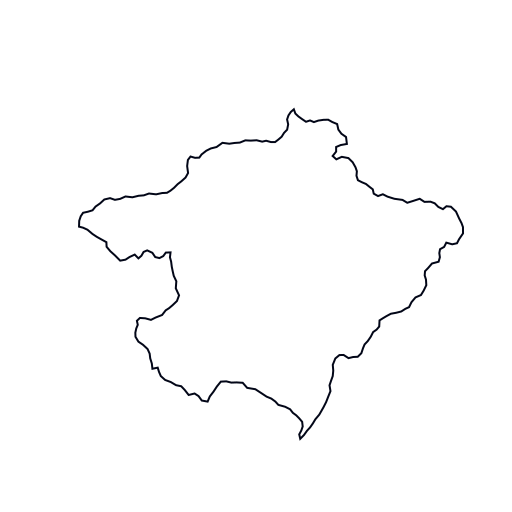 Barra Longa, Minas Gerais, Brazil, rotated 117°
{"feature_id": "56859067B7967554775924", "entity_name": "Barra Longa", "entity_type": "district", "adm_level": 2, "iso_a3": "BRA", "parent_name": "Brazil", "parent_adm1": "Minas Gerais", "projection": "albers", "projection_center": [-43.064, -20.29], "detail": "fine", "context": "isolated", "style": "outline", "palette": "ink", "viewbox_px": 512, "rotation_deg": 117, "n_neighbors": 0, "source": "geoboundaries", "source_scale": "gbopen_adm2", "svg_char_len": 3188}
<svg xmlns="http://www.w3.org/2000/svg" viewBox="0 0 512 512"><g transform="rotate(117 256 256)"><path d="M310.2,427.0L309.3,423.0L309.1,418.1L310.6,411.7L311.2,406.6L311.4,401.5L311.6,395.6L315.6,393.3L317.9,387.9L319.5,381.9L321.8,374.9L318.5,370.6L314.3,368.2L309.8,364.7L311.5,359.7L307.8,358.2L303.4,358.0L300.4,355.5L300.2,349.8L302.7,345.3L301.7,341.1L298.2,338.6L293.9,337.9L291.6,333.8L296.2,332.1L299.5,329.1L303.9,326.1L307.4,323.3L311.0,320.3L314.7,315.5L321.2,312.8L326.0,306.7L332.0,306.0L337.7,308.0L342.0,309.8L345.4,311.8L351.2,312.9L356.4,317.5L360.6,320.6L361.8,326.4L363.9,331.3L367.8,332.7L371.0,330.1L374.9,329.8L379.1,328.7L382.7,326.7L385.7,321.9L386.4,316.4L388.1,310.4L391.3,306.4L395.2,303.8L399.1,300.0L403.5,297.1L400.1,292.9L403.3,289.8L406.2,286.3L407.7,280.7L407.0,274.7L407.4,268.6L406.0,263.5L407.7,258.7L410.4,252.9L406.4,248.3L406.9,243.6L409.4,238.7L407.7,233.0L402.1,233.4L396.3,232.3L390.0,231.6L383.9,230.3L381.2,225.6L380.0,220.5L377.5,216.0L375.0,210.3L377.5,204.0L375.0,196.1L375.8,188.7L376.5,182.7L376.1,177.6L376.9,172.7L378.5,168.5L377.1,161.6L377.1,156.0L379.0,152.0L379.7,147.8L381.0,143.9L382.8,139.6L386.7,137.0L390.9,136.4L395.3,136.5L398.8,133.6L393.8,132.0L388.5,131.2L384.2,130.0L379.2,129.3L374.6,129.0L368.6,127.6L360.2,127.2L354.4,127.2L348.3,127.8L342.6,128.3L337.8,131.8L333.0,132.5L328.2,133.1L323.1,135.1L318.1,138.2L311.3,138.8L306.4,136.7L304.4,133.0L305.0,127.2L301.9,123.6L299.6,119.6L294.8,118.0L289.5,118.8L285.5,119.1L281.1,117.8L275.8,117.1L270.6,117.1L266.8,115.1L262.9,114.2L257.3,116.7L253.9,114.7L250.4,112.5L246.2,109.6L243.0,105.4L239.5,101.4L235.2,98.9L232.1,96.4L226.6,96.5L220.5,95.1L215.9,91.3L210.8,90.9L204.7,91.0L199.9,93.8L196.7,96.9L192.8,98.5L188.6,97.2L182.8,95.8L178.2,90.7L173.6,91.6L170.2,94.0L166.4,95.1L162.5,92.5L157.7,92.5L156.5,86.5L153.4,82.7L148.9,82.7L141.9,81.8L136.3,84.7L133.4,87.8L130.3,92.1L125.6,98.0L123.6,104.7L125.2,108.9L129.4,110.7L129.5,115.8L127.9,120.7L128.4,125.2L131.3,130.5L130.7,136.1L135.7,141.1L139.9,145.4L139.5,150.9L142.2,158.7L143.4,165.8L143.4,171.0L147.2,174.5L147.0,179.4L143.6,182.2L142.8,186.5L141.9,190.7L142.2,195.1L142.2,199.6L138.9,202.9L134.7,204.6L131.8,207.6L128.6,212.4L126.8,218.1L128.7,224.6L133.4,228.3L132.1,233.1L126.6,232.0L122.5,234.1L118.7,230.9L114.9,225.9L109.1,229.8L108.3,235.4L106.0,240.0L101.6,243.6L102.0,248.9L101.8,253.6L104.1,257.8L107.1,262.0L110.4,265.2L110.7,269.4L113.7,272.4L113.1,277.1L112.4,281.6L111.2,285.6L108.1,288.9L111.9,290.4L116.0,290.9L120.2,290.3L124.1,287.1L129.3,285.6L133.5,286.9L138.1,287.3L142.0,288.9L145.8,290.7L147.7,294.4L148.7,299.3L151.3,302.4L152.6,308.0L155.6,313.1L157.8,318.0L162.3,321.9L165.0,326.4L168.1,330.8L170.4,337.3L176.8,340.6L180.7,345.1L184.8,348.1L190.2,350.6L194.1,351.2L196.2,354.9L197.1,359.5L201.3,360.3L207.1,358.2L212.9,354.2L218.1,354.4L223.3,356.4L227.5,358.4L232.5,360.0L236.7,361.9L240.1,364.0L242.5,368.2L246.4,373.0L248.9,379.7L252.9,383.5L255.6,387.9L259.8,392.8L262.2,399.3L266.8,403.0L270.0,407.2L270.7,412.3L274.5,416.8L279.9,418.8L284.8,421.4L289.5,422.4L292.8,425.8L296.0,429.7L300.1,430.2L304.9,429.5L310.2,427.0Z" fill="none" stroke="#020617" stroke-width="2"/></g></svg>